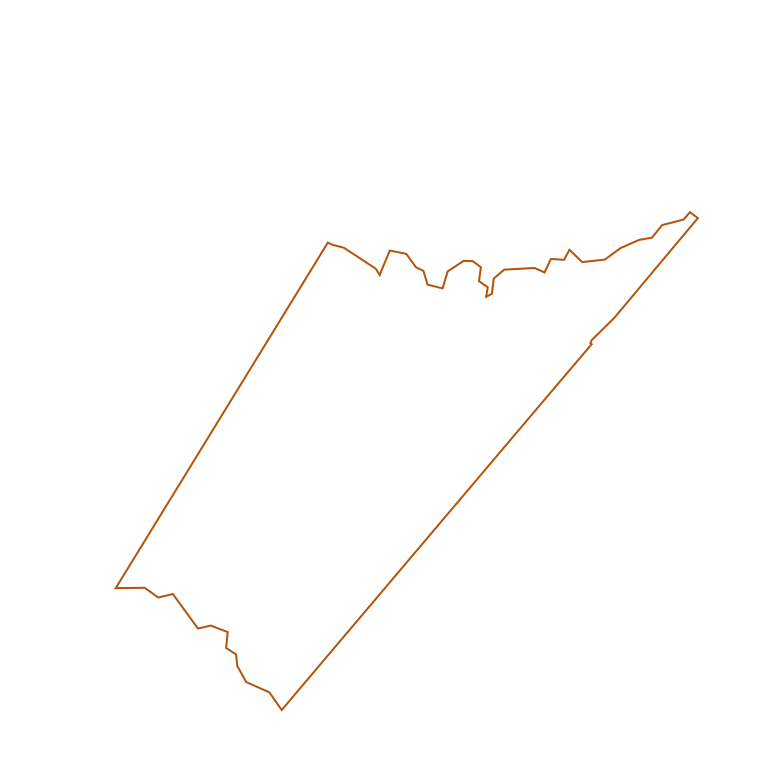 Henderson, Texas, United States of America, rotated 130°
{"feature_id": "52423323B59303088288262", "entity_name": "Henderson", "entity_type": "district", "adm_level": 2, "iso_a3": "USA", "parent_name": "United States of America", "parent_adm1": "Texas", "projection": "mercator", "projection_center": [-96.032, 32.182], "detail": "fine", "context": "isolated", "style": "outline", "palette": "amber", "viewbox_px": 768, "rotation_deg": 130, "n_neighbors": 0, "source": "geoboundaries", "source_scale": "gbopen_adm2", "svg_char_len": 820}
<svg xmlns="http://www.w3.org/2000/svg" viewBox="0 0 768 768"><g transform="rotate(130 384 384)"><path d="M55.2,250.2L55.7,260.1L65.4,260.2L83.5,273.1L99.6,272.8L109.8,281.3L127.9,290.2L146.7,294.8L163.2,310.5L162.0,328.2L173.1,325.9L180.9,336.5L195.4,332.7L198.3,343.2L219.1,365.4L232.7,367.7L245.6,359.3L251.5,361.8L243.2,366.7L244.2,377.3L232.3,384.8L232.8,394.9L238.4,402.1L256.8,407.6L273.1,400.6L279.9,414.5L272.0,426.5L274.0,434.6L270.0,450.6L278.0,465.3L293.3,460.6L303.3,457.3L301.0,464.4L305.4,502.3L310.5,512.9L311.8,517.9L712.8,458.3L694.0,436.4L692.6,419.6L680.6,410.8L690.9,369.4L680.4,361.4L674.5,344.2L687.7,335.3L686.2,323.5L694.3,315.2L700.9,297.9L693.9,273.5L699.5,252.8L296.9,251.0L220.0,250.5L220.0,252.2L216.9,253.1L185.3,250.1L55.2,250.2Z" fill="none" stroke="#b45309" stroke-width="2"/></g></svg>